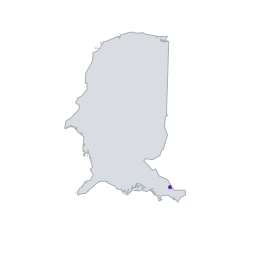 Orleans, Vermont, United States of America (highlighted), rotated 64°
{"feature_id": "52423323B93976880688423", "entity_name": "Orleans", "entity_type": "district", "adm_level": 2, "iso_a3": "USA", "parent_name": "United States of America", "parent_adm1": "Vermont", "projection": "orthographic", "projection_center": [-72.211, 44.776], "detail": "fine", "context": "in_parent", "style": "filled", "palette": "violet", "viewbox_px": 256, "rotation_deg": 64, "n_neighbors": 0, "source": "geoboundaries", "source_scale": "gbopen_adm2", "svg_char_len": 4044}
<svg xmlns="http://www.w3.org/2000/svg" viewBox="0 0 256 256"><g transform="rotate(64 128 128)"><path d="M191.7,115.2L204.0,114.1L208.8,104.0L213.3,105.5L213.7,111.7L216.5,115.6L211.9,117.3L211.6,118.5L210.8,117.1L209.7,119.5L206.1,121.3L203.6,127.4L205.7,130.0L207.2,129.6L206.8,128.5L207.2,129.0L207.4,130.3L203.2,131.3L202.5,129.9L202.0,131.8L197.3,132.2L193.6,134.5L194.0,133.2L193.7,132.3L192.6,135.5L193.6,136.1L193.2,138.9L190.6,142.4L188.1,140.1L189.8,137.9L187.9,139.4L188.5,141.9L189.5,143.4L189.7,144.9L186.3,150.5L187.4,147.0L185.1,143.5L186.9,139.9L184.4,140.9L185.0,146.3L182.7,144.5L181.9,144.7L182.7,143.0L182.7,142.5L181.8,143.8L181.7,144.9L185.2,147.2L184.3,148.1L182.8,146.1L182.3,145.8L184.1,148.1L185.0,148.6L184.4,149.9L183.4,148.8L185.0,150.9L184.5,151.2L183.8,150.1L181.6,149.5L184.2,151.6L186.0,151.6L187.5,156.6L186.1,152.8L186.5,155.2L183.2,154.5L185.4,157.1L186.7,156.4L185.1,158.6L181.9,157.6L183.8,158.9L182.0,159.9L184.0,160.8L180.3,161.1L178.2,164.5L174.7,165.2L167.7,170.9L166.9,170.1L163.9,175.7L163.6,177.1L164.3,181.6L168.1,195.0L165.9,201.6L163.3,201.7L161.1,197.8L160.9,194.8L157.7,190.8L159.0,189.4L157.3,189.3L158.5,184.9L154.9,179.8L148.5,179.9L147.7,177.1L141.7,175.8L142.6,174.9L141.4,175.7L138.6,175.7L138.9,173.7L138.2,175.0L129.9,173.6L133.2,175.4L131.7,177.0L134.1,179.3L132.6,180.0L130.0,176.9L129.5,178.7L125.6,177.0L123.8,174.1L122.2,174.9L116.7,171.6L112.9,173.2L113.9,172.7L112.2,171.5L110.6,174.4L106.7,175.3L107.7,175.0L105.4,173.9L106.0,175.2L103.1,175.7L101.3,178.8L100.2,177.8L101.0,179.1L100.6,182.3L101.3,184.6L100.3,185.0L94.4,180.4L94.0,175.3L89.7,163.6L86.6,161.8L82.5,164.1L79.3,160.1L78.8,155.1L75.4,147.9L69.8,145.1L69.2,146.9L60.5,142.3L51.9,130.2L45.0,126.4L45.4,122.8L44.0,118.0L39.6,111.7L40.6,109.5L41.2,96.7L41.9,95.8L42.0,97.8L42.6,95.3L44.5,96.6L41.0,94.0L43.2,83.0L46.5,78.9L48.8,73.1L51.8,70.5L58.4,61.5L59.8,63.1L58.4,61.2L60.6,59.1L60.1,58.6L62.8,52.5L65.7,56.6L63.1,58.7L65.7,57.8L64.0,60.0L62.7,59.8L63.2,60.5L64.6,60.1L66.5,57.9L68.0,53.4L133.2,87.8L133.7,86.1L134.4,89.3L142.3,94.6L151.6,95.6L162.7,105.6L162.9,107.8L166.9,111.7L167.2,119.9L163.1,125.9L164.4,128.2L177.0,124.4L176.8,121.3L178.0,120.9L184.6,121.1L191.7,115.2ZM198.7,133.6L200.8,133.2L193.4,135.1L199.5,132.8L198.7,133.6ZM66.7,55.9L66.2,57.8L66.0,58.0L66.0,56.3L66.7,55.9ZM101.3,184.0L101.0,181.0L101.4,179.4L101.2,181.1L101.3,184.0ZM212.4,117.5L212.4,118.5L212.0,118.3L212.4,117.5ZM123.7,175.0L123.7,175.7L123.2,175.0L123.7,175.0ZM40.5,115.7L41.3,115.8L40.5,115.7ZM40.0,114.9L39.5,115.2L39.5,114.6L40.0,114.9ZM205.1,131.4L204.6,132.0L204.4,131.8L205.1,131.4ZM102.2,178.1L101.4,179.2L103.1,177.2L102.2,178.1ZM167.0,190.6L167.7,193.3L166.8,190.4L167.0,190.6ZM42.9,120.0L42.9,120.8L42.8,120.0L42.9,120.0ZM166.3,202.0L165.4,202.7L166.8,201.2L166.3,202.0ZM187.7,158.3L186.8,159.2L187.6,156.8L187.7,158.3ZM67.0,54.3L66.7,54.7L66.7,54.3L67.0,54.3ZM105.9,175.8L104.6,175.9L106.0,175.6L105.9,175.8ZM207.1,131.6L207.1,132.3L206.4,132.1L207.1,131.6ZM42.1,121.7L41.9,122.7L41.9,121.8L42.1,121.7ZM104.2,176.3L103.6,176.5L104.1,176.1L104.2,176.3ZM189.3,146.0L188.4,147.4L189.4,145.5L189.3,146.0ZM112.4,173.6L111.5,173.9L112.8,173.3L112.4,173.6ZM164.0,176.4L163.8,177.4L163.8,176.7L164.0,176.4ZM184.3,161.0L184.0,161.2L184.9,160.4L184.3,161.0ZM150.8,180.0L149.7,180.4L149.3,180.2L150.8,180.0ZM138.2,175.4L138.0,175.6L137.4,175.4L138.2,175.4ZM159.7,194.7L159.8,195.5L159.6,194.5L159.7,194.7ZM135.4,176.3L135.1,177.0L135.2,175.8L135.4,176.3ZM163.7,203.5L163.1,203.5L163.9,203.4L163.7,203.5ZM193.0,139.4L192.6,140.1L193.1,139.1L193.0,139.4ZM186.2,159.4L185.8,159.7L185.7,159.6L186.2,159.4Z" fill="#d9dde1" stroke="#a8b0b8" stroke-width="1"/><path d="M200.7,115.3L200.4,115.3L200.2,115.3L199.9,115.3L199.6,115.3L199.4,115.3L199.1,115.3L198.9,115.3L198.7,115.3L198.7,115.6L198.7,116.1L198.5,116.3L199.0,116.6L198.8,117.0L199.2,117.2L199.5,117.4L199.9,116.7L200.1,116.8L200.0,116.5L200.3,116.7L200.6,116.4L200.6,116.1L200.8,115.9L200.6,115.8L200.7,115.3Z" fill="#8b5cf6" stroke="#5b21b6" stroke-width="1.5"/></g></svg>